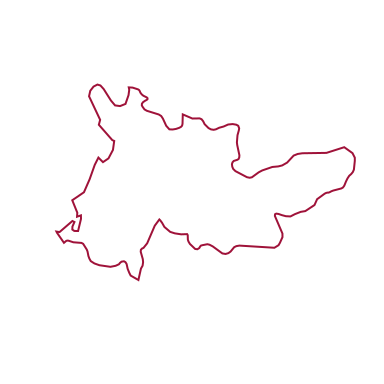 an SVG outline of Lezhë, rotated 26°
{"feature_id": "ALB-1528", "entity_name": "Lezhë", "entity_type": "County", "adm_level": 1, "iso_a3": "ALB", "parent_name": "Albania", "parent_adm1": "", "projection": "orthographic", "projection_center": [19.841, 41.793], "detail": "fine", "context": "isolated", "style": "outline", "palette": "rose", "viewbox_px": 384, "rotation_deg": 26, "n_neighbors": 0, "source": "natural_earth", "source_scale": "10m", "svg_char_len": 2680}
<svg xmlns="http://www.w3.org/2000/svg" viewBox="0 0 384 384"><g transform="rotate(26 192 192)"><path d="M87.5,287.0L90.5,286.1L97.2,270.5L99.5,270.5L99.7,275.5L100.9,278.2L103.3,278.6L106.7,277.0L104.0,264.8L102.4,261.7L99.5,264.6L98.0,260.9L88.0,251.9L95.0,239.6L94.4,225.4L92.7,210.3L92.8,202.1L98.9,204.2L102.2,198.4L102.5,188.8L99.7,180.2L97.6,180.3L78.8,172.4L77.8,167.4L57.5,151.1L56.2,145.6L57.3,140.4L59.9,136.9L63.0,136.4L67.5,138.2L79.0,145.3L84.9,147.9L89.7,146.3L93.6,142.0L92.5,132.8L90.8,127.7L89.3,125.7L92.9,124.2L98.6,123.4L99.8,123.6L100.8,124.2L102.0,125.3L104.0,126.3L106.1,126.8L109.8,126.8L110.9,127.2L111.3,128.1L110.9,129.1L109.8,130.6L108.6,132.8L108.3,134.6L108.9,136.1L110.1,137.0L113.1,138.6L115.8,138.8L128.1,136.9L131.0,137.2L133.7,138.8L139.8,143.8L144.2,145.6L147.2,144.3L150.0,142.3L152.4,139.9L153.6,138.2L154.0,136.7L153.6,134.9L149.7,126.3L160.1,125.8L166.6,122.5L168.7,122.4L171.0,123.5L173.6,125.5L178.8,127.3L181.6,127.4L184.2,126.6L186.0,125.2L188.3,122.3L191.7,119.3L194.9,115.5L198.8,113.1L202.3,112.1L204.5,112.2L206.5,114.1L207.1,116.2L208.0,121.0L210.6,127.7L212.0,129.9L218.5,138.2L219.3,140.2L219.4,141.9L218.7,143.1L215.9,145.8L215.4,147.6L215.7,149.5L217.1,151.6L218.9,153.2L221.9,154.2L234.9,154.6L237.6,153.9L239.4,152.5L243.3,145.1L245.7,141.8L253.2,134.3L258.3,131.2L261.4,128.6L264.6,123.9L267.4,114.7L270.3,111.5L274.2,108.8L295.7,97.9L309.2,85.0L319.2,86.7L323.3,89.8L324.7,92.7L327.7,100.9L327.8,103.6L327.2,106.1L326.2,108.5L325.8,111.7L325.8,115.1L326.1,119.6L325.7,121.8L324.7,123.3L318.3,128.8L316.9,130.3L316.0,131.6L315.1,132.6L314.0,133.2L313.0,134.0L312.0,135.3L307.6,143.6L307.8,150.0L302.2,159.5L298.4,162.2L294.2,166.8L291.2,170.8L287.0,172.6L282.9,173.4L279.4,173.8L277.2,174.5L276.4,175.6L277.0,177.2L291.5,189.7L293.1,192.9L293.3,199.2L293.1,201.9L290.5,206.0L258.1,219.4L255.6,221.2L254.1,223.1L252.8,228.6L251.5,231.0L249.3,233.0L246.2,233.9L234.5,231.8L230.9,231.7L228.7,232.2L224.6,235.3L223.5,236.3L223.2,237.5L223.1,239.2L221.9,241.1L219.8,241.8L212.9,239.6L210.6,238.1L209.2,236.7L207.1,232.7L206.1,232.0L200.8,234.8L194.7,236.7L189.9,237.4L182.5,235.5L178.6,232.8L175.9,231.4L174.7,231.0L173.3,238.6L174.2,257.8L172.9,263.5L171.9,264.7L171.4,266.3L172.1,268.2L177.2,273.9L178.8,276.5L179.9,279.9L179.7,283.2L182.4,294.6L173.5,294.0L171.0,292.1L167.8,289.2L164.8,285.4L162.9,284.2L161.2,284.1L159.2,285.5L158.4,287.2L158.0,289.0L155.7,291.8L151.5,295.0L140.9,298.4L135.6,299.0L131.3,298.5L128.9,296.8L127.0,295.0L124.2,291.3L122.7,289.9L116.9,286.3L115.0,286.2L107.4,289.2L102.3,289.9L101.1,290.4L100.4,291.1L99.2,293.8L88.5,287.8L87.5,287.0Z" fill="none" stroke="#9f1239" stroke-width="2"/></g></svg>